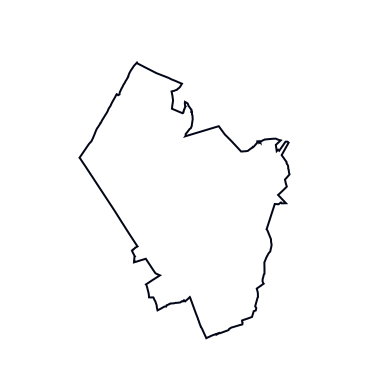 the district of Doctor Mora, Guanajuato, Mexico, rotated 48°
{"feature_id": "50627088B4688802652397", "entity_name": "Doctor Mora", "entity_type": "district", "adm_level": 2, "iso_a3": "MEX", "parent_name": "Mexico", "parent_adm1": "Guanajuato", "projection": "equal_earth", "projection_center": [-100.35, 21.147], "detail": "fine", "context": "isolated", "style": "outline", "palette": "ink", "viewbox_px": 384, "rotation_deg": 48, "n_neighbors": 0, "source": "geoboundaries", "source_scale": "gbopen_adm2", "svg_char_len": 5739}
<svg xmlns="http://www.w3.org/2000/svg" viewBox="0 0 384 384"><g transform="rotate(48 192 192)"><path d="M267.3,271.9L267.1,270.4L268.7,270.3L268.7,265.1L268.7,264.8L268.7,264.6L268.7,264.4L268.6,264.1L268.6,263.9L269.1,264.0L274.5,266.2L278.0,267.6L284.7,270.3L289.5,272.1L290.7,272.7L291.6,273.0L292.2,273.2L295.1,274.5L296.0,274.8L296.3,274.9L296.9,275.1L297.2,275.3L297.7,275.5L297.7,275.4L298.7,275.7L299.7,275.9L300.9,276.2L303.0,276.9L304.2,277.3L309.4,278.9L310.2,279.2L310.7,277.4L311.0,276.6L311.2,275.9L311.5,275.0L311.8,273.8L313.6,269.2L314.3,269.4L314.8,267.7L314.7,267.6L314.4,267.5L314.9,266.0L315.6,265.9L318.9,257.7L319.0,257.5L319.0,257.0L318.8,256.5L318.6,255.7L318.8,255.2L319.0,253.7L322.9,245.5L324.1,243.2L323.7,242.7L323.3,242.3L322.9,241.8L322.5,241.8L322.1,241.7L321.8,241.5L321.5,241.1L321.4,240.8L321.0,240.7L321.4,239.7L321.8,238.7L323.3,235.3L325.0,231.0L321.9,225.9L322.7,223.9L321.3,221.9L319.2,221.5L314.6,214.3L314.4,213.8L314.4,213.6L314.2,213.5L314.0,213.1L310.8,210.4L307.1,208.5L308.1,200.1L307.0,199.9L306.2,199.6L305.7,199.4L305.2,199.0L304.7,198.5L303.8,197.5L302.7,195.6L302.1,194.9L301.7,194.3L301.3,193.7L301.3,193.4L301.3,192.9L297.9,189.8L292.7,185.3L292.3,184.3L291.6,182.9L290.4,180.5L288.8,176.0L288.6,173.9L288.4,173.4L287.7,172.5L285.9,169.9L284.7,168.4L284.2,168.0L282.0,166.6L279.9,164.9L270.6,161.5L269.7,161.6L256.3,138.5L259.0,135.9L259.3,132.9L260.5,132.9L263.2,129.7L251.8,130.0L251.8,128.9L251.8,127.1L251.5,118.2L251.4,117.9L250.8,117.6L249.1,116.9L246.2,115.3L245.0,114.6L244.2,107.8L242.3,106.8L240.9,105.8L240.3,105.4L239.7,105.0L239.3,105.0L238.6,104.6L238.0,103.9L237.7,103.7L237.2,103.4L237.0,103.2L236.5,103.0L235.6,102.8L233.9,102.5L233.1,101.7L232.9,101.7L224.6,100.7L220.0,87.2L218.6,87.3L218.4,87.5L217.5,88.4L217.2,88.8L219.7,99.6L219.0,99.6L218.2,99.7L218.3,101.7L213.1,98.2L213.0,91.5L212.5,91.8L211.7,92.5L210.8,92.9L209.8,93.5L209.0,93.7L208.3,94.2L207.2,95.5L206.0,97.0L202.2,102.1L201.7,102.7L201.3,104.1L201.0,104.8L200.8,105.6L200.8,106.2L199.9,107.4L200.4,107.7L201.0,108.1L200.9,108.1L200.7,108.4L200.7,108.6L200.5,109.2L200.1,108.9L199.6,108.5L199.2,108.1L198.8,108.6L198.8,109.6L198.2,109.7L199.2,111.2L199.2,112.2L199.6,115.2L199.6,116.5L199.2,116.6L199.4,118.1L199.2,118.7L199.1,119.2L199.0,120.4L198.8,123.0L197.7,124.7L194.8,128.4L187.7,128.5L183.1,128.6L181.5,128.6L178.8,128.7L171.2,129.1L161.0,128.1L146.1,159.7L145.9,159.0L144.7,157.9L144.4,155.9L144.4,155.6L144.0,153.8L143.7,151.9L143.6,151.7L143.8,150.1L143.4,149.5L143.2,149.0L143.1,148.5L138.4,142.8L135.4,140.4L134.5,140.2L132.3,138.3L131.9,138.9L130.4,137.3L129.9,137.4L125.7,136.9L123.3,136.0L120.3,136.9L120.5,137.2L120.8,137.5L121.7,138.3L122.7,139.0L123.1,139.3L123.4,139.5L123.8,139.7L124.0,139.6L124.0,140.0L124.3,140.2L124.5,140.4L124.6,140.6L124.7,140.8L124.8,141.0L124.8,141.5L125.2,141.9L125.3,142.0L125.3,142.3L125.5,142.6L125.6,143.0L125.8,143.2L125.9,143.3L126.0,143.6L126.3,144.1L126.6,144.3L126.7,144.5L126.7,145.0L126.8,145.1L127.2,145.3L127.2,145.6L127.3,145.9L127.2,146.3L116.7,151.2L115.0,149.3L111.4,144.9L107.3,142.1L103.6,139.9L105.0,137.2L105.3,136.2L105.7,135.4L105.9,134.8L106.0,134.4L106.0,134.2L105.8,134.0L105.8,133.5L105.9,133.2L105.9,132.7L106.0,132.1L106.0,131.1L105.6,129.5L105.2,128.3L104.8,127.0L103.6,127.6L96.9,130.7L95.0,131.7L91.4,133.1L79.9,138.9L60.0,146.5L59.0,146.3L59.2,148.3L59.3,149.6L59.5,151.1L59.8,152.2L60.1,153.3L60.7,155.9L61.7,158.8L63.8,163.0L63.9,162.9L64.5,164.8L64.9,166.1L65.4,167.9L65.9,168.9L66.3,170.6L66.6,171.5L66.8,172.1L67.3,173.1L67.7,174.4L68.0,175.2L69.6,179.0L70.3,179.9L71.0,180.6L70.9,181.1L70.7,181.8L70.6,182.2L69.1,182.4L68.9,182.5L69.1,183.1L69.5,184.2L69.7,184.9L69.9,185.2L71.0,188.6L71.9,191.3L72.4,192.5L73.1,194.2L73.5,195.0L73.9,196.7L74.1,197.5L74.5,198.6L74.9,199.4L75.6,200.9L76.2,202.6L76.6,204.2L78.1,209.3L78.6,211.0L79.4,213.0L79.7,213.9L79.5,214.0L79.9,215.0L80.5,217.0L80.9,218.4L81.1,219.6L81.3,220.3L82.0,222.0L83.9,225.8L85.7,229.6L86.6,231.8L87.0,232.8L87.3,236.1L87.7,237.9L88.0,239.1L89.1,243.6L90.1,247.7L91.3,252.7L92.4,252.7L96.9,253.4L100.7,253.9L151.1,261.6L156.7,262.5L164.2,263.8L164.7,263.9L167.7,264.4L181.5,266.7L195.7,268.9L196.0,268.9L195.5,271.2L195.4,271.4L195.5,271.5L195.5,272.7L195.4,273.5L195.5,273.5L195.5,274.3L195.3,275.8L197.4,276.5L198.9,276.9L199.3,277.0L200.1,277.2L200.4,277.3L201.0,277.4L201.5,277.5L201.3,277.8L202.7,279.2L204.4,281.1L204.6,280.9L205.5,282.1L206.3,280.4L206.7,279.7L207.0,279.0L207.2,278.4L207.8,277.4L207.8,277.1L208.4,275.9L209.2,274.2L210.7,271.0L215.2,271.7L223.8,273.0L226.9,273.4L227.8,273.5L228.1,273.5L230.0,272.7L231.1,272.2L232.1,271.8L232.5,271.6L232.1,274.2L231.9,275.2L231.3,278.7L231.0,280.5L230.2,286.0L230.0,287.7L229.9,288.0L230.3,288.0L233.2,289.3L234.6,290.1L236.4,291.0L238.2,292.0L238.7,292.3L239.4,292.8L240.5,293.6L241.5,294.4L241.7,294.2L241.8,294.1L242.0,293.9L242.3,293.7L242.8,293.2L244.1,291.6L244.4,291.4L244.5,291.3L245.1,291.4L246.4,291.9L247.2,292.1L247.8,292.3L248.7,292.4L249.8,292.9L251.2,293.5L252.3,294.0L253.0,294.3L253.7,295.0L254.2,295.3L255.0,295.8L256.9,296.8L257.6,294.1L258.0,292.5L258.3,290.9L258.7,289.2L259.0,288.7L259.3,288.4L259.5,288.0L259.6,287.8L259.8,287.7L259.2,286.7L259.5,285.9L259.6,285.6L259.8,285.1L260.1,284.3L260.0,284.2L260.1,283.8L260.1,283.6L260.5,283.0L260.5,282.9L260.5,282.7L260.6,282.3L260.7,282.2L260.8,282.1L261.0,282.0L261.5,281.4L262.1,280.5L262.4,280.2L262.5,280.0L262.8,279.6L263.2,278.9L263.3,278.5L264.0,277.7L264.3,277.3L264.5,277.1L264.8,276.7L265.2,276.1L265.5,275.6L265.7,275.4L266.0,274.9L266.2,274.7L266.3,274.0L266.3,273.7L266.4,273.4L266.5,272.9L266.5,272.7L266.5,272.4L266.9,272.2L267.1,272.1L267.3,271.9Z" fill="none" stroke="#020617" stroke-width="2"/></g></svg>